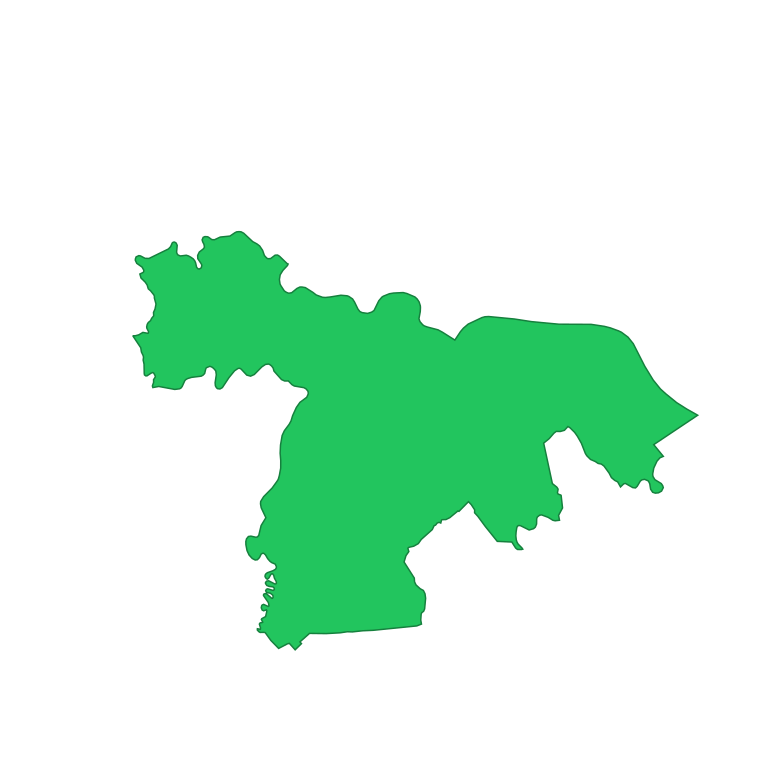 outline of Go Quao, Kiên Giang, Vietnam, rotated 146°
{"feature_id": "81297802B76509043653809", "entity_name": "Go Quao", "entity_type": "district", "adm_level": 2, "iso_a3": "VNM", "parent_name": "Vietnam", "parent_adm1": "Kiên Giang", "projection": "robinson", "projection_center": [105.33, 9.72], "detail": "fine", "context": "isolated", "style": "filled", "palette": "green", "viewbox_px": 768, "rotation_deg": 146, "n_neighbors": 0, "source": "geoboundaries", "source_scale": "gbopen_adm2", "svg_char_len": 6171}
<svg xmlns="http://www.w3.org/2000/svg" viewBox="0 0 768 768"><g transform="rotate(146 384 384)"><path d="M158.2,294.1L159.7,296.7L165.0,304.0L169.0,308.5L178.9,317.6L205.6,335.8L226.8,353.2L239.7,365.1L259.5,381.4L262.7,383.3L265.7,384.3L280.7,386.6L286.9,385.9L291.2,384.7L300.7,380.8L306.6,394.3L308.9,398.7L316.1,406.9L318.1,409.6L318.8,411.5L319.3,415.7L318.5,418.6L313.4,423.8L311.1,426.9L310.2,428.4L309.0,432.4L309.0,436.0L309.7,438.9L314.4,446.2L317.0,449.1L325.1,454.0L329.0,455.8L335.5,457.2L337.2,457.2L341.8,455.9L351.2,450.5L354.1,450.5L358.1,451.7L362.2,455.4L363.5,457.6L363.7,460.7L362.6,468.4L362.5,472.1L364.2,476.3L365.3,477.8L370.1,481.7L380.1,486.3L384.2,488.5L386.5,490.3L390.4,495.7L391.7,499.7L395.3,507.9L397.9,510.4L399.4,511.4L402.7,511.9L409.5,511.3L412.2,512.5L413.6,514.5L414.6,516.9L414.5,523.4L414.2,525.2L412.3,529.1L409.0,532.6L404.3,534.7L397.8,536.2L396.4,537.1L397.0,538.1L399.2,548.4L400.1,550.4L402.2,551.7L407.8,551.4L410.1,552.7L410.8,553.9L411.3,557.4L409.9,562.7L409.9,568.0L411.0,571.2L413.2,575.4L416.0,587.5L417.4,590.1L419.0,591.4L421.0,592.5L422.8,592.8L429.0,592.8L437.6,597.4L443.9,598.4L446.0,600.0L447.5,604.1L448.3,605.1L450.2,606.4L451.9,606.7L454.2,605.2L454.8,603.3L455.2,600.3L456.4,597.8L458.0,597.1L463.3,596.7L466.6,594.8L468.3,592.0L468.3,585.9L468.6,584.3L470.5,582.5L472.9,582.6L473.8,583.6L474.1,585.5L472.4,589.9L472.0,592.1L472.2,594.4L473.1,596.8L474.4,599.4L475.9,601.3L481.2,604.0L482.6,606.1L482.7,607.8L482.2,609.3L477.9,614.6L477.5,617.1L478.2,618.7L479.4,619.4L480.6,619.4L484.1,617.2L487.2,616.5L508.6,619.5L511.8,621.8L514.2,626.3L515.4,627.5L518.4,628.0L520.2,626.7L521.0,625.6L521.5,622.3L519.2,616.2L519.5,612.6L520.4,611.5L521.3,611.2L524.9,611.7L526.2,607.7L525.0,601.9L525.0,598.5L526.2,594.7L525.4,591.8L525.0,586.7L525.2,585.3L526.3,583.7L528.3,577.8L531.9,574.2L535.1,572.2L536.8,569.3L539.9,568.4L542.1,567.1L545.0,566.8L546.9,565.9L548.8,564.1L549.4,562.9L549.9,559.1L550.9,558.0L551.7,558.3L555.0,561.6L559.8,561.9L563.3,563.1L564.9,564.2L565.3,563.9L565.4,550.1L567.2,546.2L567.8,542.2L568.4,540.7L570.3,538.5L571.8,534.7L576.9,526.8L577.5,525.5L577.0,524.0L576.0,523.3L570.8,523.2L569.3,522.8L568.8,521.9L569.1,518.8L569.7,517.7L572.6,516.5L574.1,514.2L577.1,511.9L577.6,510.3L572.1,507.9L560.5,496.5L556.1,494.3L554.5,494.2L552.7,494.8L547.2,498.2L545.7,498.5L543.7,498.3L539.8,497.1L531.2,492.7L529.1,492.5L526.8,493.0L523.1,496.4L522.1,496.8L518.6,496.1L517.5,494.8L516.8,493.2L516.3,490.9L516.2,488.8L517.9,485.4L523.3,479.5L524.8,476.8L525.0,474.8L524.7,473.3L522.8,471.6L520.0,471.4L508.9,476.0L500.5,478.5L496.2,478.5L494.8,477.7L494.1,476.2L492.8,468.1L490.2,465.1L486.2,464.4L475.7,466.5L471.3,466.5L468.5,465.1L467.7,463.7L467.1,461.7L467.0,459.2L468.0,456.2L466.5,445.0L464.7,442.1L461.6,440.0L460.7,435.0L459.5,432.5L452.4,425.7L451.3,423.3L451.1,420.2L452.4,418.1L455.5,416.2L463.9,415.8L469.7,413.6L477.4,408.9L481.7,405.4L485.2,403.6L492.7,401.0L497.2,398.3L503.9,391.3L508.8,384.7L512.4,378.3L516.7,372.0L522.0,366.6L525.0,364.1L527.0,363.2L534.9,360.3L546.8,357.9L551.9,355.6L553.4,353.7L555.0,350.1L556.7,339.2L565.0,335.4L572.4,328.6L574.4,328.0L575.9,328.6L579.4,332.3L581.7,333.4L584.6,332.5L586.6,330.7L588.4,327.9L590.7,322.5L591.5,317.7L590.8,313.0L589.2,310.1L587.2,309.1L584.4,309.7L580.9,311.7L579.1,311.5L578.4,310.9L577.8,308.7L578.1,304.2L577.7,300.8L577.0,298.8L574.9,295.5L575.3,292.9L576.2,291.7L577.6,291.1L580.5,291.3L586.3,292.8L588.3,292.6L589.4,292.0L590.3,290.9L590.5,289.5L590.3,288.1L589.7,287.3L587.8,287.6L584.5,289.3L583.3,289.5L582.5,288.9L582.4,287.1L583.4,284.4L583.8,280.6L584.6,279.0L585.4,278.8L586.3,279.2L589.6,285.3L591.4,286.2L593.1,285.8L593.8,284.8L593.8,282.5L592.4,280.4L589.6,278.0L589.1,276.3L589.9,274.9L591.4,274.9L594.9,279.2L596.3,279.6L597.7,278.8L598.0,276.9L595.2,274.1L594.4,271.6L594.4,270.6L595.2,269.2L596.3,268.7L596.9,269.1L598.7,275.6L599.8,276.7L601.3,277.0L602.1,276.2L602.2,275.4L602.1,267.4L603.4,264.4L604.4,264.3L607.0,268.6L608.5,268.9L609.4,268.6L610.9,267.1L611.4,264.7L610.6,263.3L607.8,262.5L607.9,261.6L609.0,260.4L612.2,257.4L616.5,257.8L617.3,257.4L617.7,254.4L618.6,254.4L620.2,255.2L621.2,254.9L621.6,254.6L622.8,250.7L623.7,249.8L625.8,251.9L626.6,250.9L626.3,248.7L625.6,247.3L622.2,245.1L621.5,244.2L621.2,234.6L619.2,223.7L609.4,222.6L607.5,221.9L606.3,213.3L597.6,214.9L597.9,217.2L585.2,218.9L571.5,209.4L559.4,202.2L552.9,199.1L548.9,196.2L539.6,191.3L530.8,185.9L492.1,165.1L487.2,164.0L485.5,167.8L481.9,172.4L480.6,173.3L478.3,173.4L476.1,174.8L469.3,183.1L467.3,187.2L466.8,190.8L468.5,194.1L469.8,199.5L469.3,202.9L467.4,206.2L466.9,225.2L461.8,229.4L457.1,231.2L456.1,234.5L454.7,234.7L450.1,232.9L444.8,232.5L440.0,234.3L425.4,236.3L421.7,238.5L420.1,238.2L417.6,239.0L415.7,238.5L414.7,237.0L412.5,238.9L411.8,239.1L408.5,237.0L404.2,236.4L393.8,237.4L393.1,236.5L379.8,239.2L379.1,235.2L379.2,229.0L380.9,226.6L380.2,221.9L379.7,209.3L378.1,190.2L366.4,181.5L366.6,174.4L365.9,172.2L362.6,169.9L361.3,169.5L361.3,171.0L362.3,176.2L362.2,178.3L361.5,180.8L359.6,184.4L357.2,187.5L354.2,190.7L352.8,191.5L351.3,191.3L350.0,190.1L345.3,181.8L340.9,180.4L338.6,180.7L335.8,182.6L332.7,187.0L331.2,188.0L328.4,188.2L326.6,187.4L322.5,181.7L320.2,176.6L318.6,174.9L314.7,172.9L312.7,177.5L305.3,181.4L299.5,192.5L299.5,193.0L301.2,195.4L301.0,196.9L298.6,199.3L298.4,200.0L298.4,201.9L300.1,207.3L284.7,245.7L277.7,246.3L270.6,248.2L267.7,248.4L264.5,246.1L260.3,244.7L255.3,245.9L254.3,243.8L253.0,237.3L252.9,232.5L253.5,224.5L255.9,213.8L256.0,211.1L255.0,206.0L252.2,201.6L250.9,198.4L248.6,196.1L247.5,192.9L247.2,184.2L247.8,179.2L246.6,175.0L245.0,172.2L245.5,166.4L241.0,167.2L239.4,166.5L235.7,159.0L233.6,157.2L231.3,157.6L225.8,160.2L223.8,160.3L221.3,159.3L219.2,156.1L219.2,154.5L219.5,152.6L221.8,147.7L221.8,144.0L220.1,141.8L217.3,140.3L213.8,140.0L210.4,141.9L209.8,143.9L209.8,146.4L212.9,153.2L212.7,157.0L211.6,159.1L207.3,163.5L200.8,167.4L196.4,168.5L192.9,167.8L194.3,182.9L141.4,182.7L146.9,193.7L151.8,204.9L155.9,218.4L157.6,225.3L158.6,236.7L157.9,252.8L154.8,278.0L155.5,286.4L158.2,294.1Z" fill="#22c55e" stroke="#15803d" stroke-width="1.5"/></g></svg>